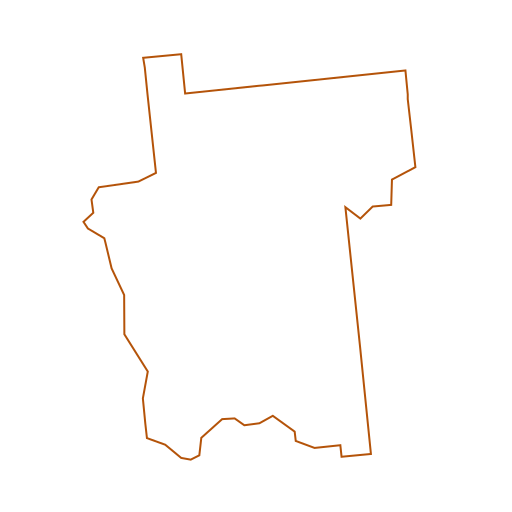 outline of Wagoner, Oklahoma, United States of America, rotated 84°
{"feature_id": "52423323B74853588584421", "entity_name": "Wagoner", "entity_type": "district", "adm_level": 2, "iso_a3": "USA", "parent_name": "United States of America", "parent_adm1": "Oklahoma", "projection": "natural_earth1", "projection_center": [-95.526, 35.964], "detail": "fine", "context": "isolated", "style": "outline", "palette": "amber", "viewbox_px": 512, "rotation_deg": 84, "n_neighbors": 0, "source": "geoboundaries", "source_scale": "gbopen_adm2", "svg_char_len": 863}
<svg xmlns="http://www.w3.org/2000/svg" viewBox="0 0 512 512"><g transform="rotate(84 256 256)"><path d="M83.9,347.0L162.9,346.8L169.7,365.2L171.2,405.2L182.6,413.7L196.0,413.3L204.0,424.0L211.1,420.3L222.5,405.0L227.3,404.3L253.2,400.9L281.0,391.2L320.1,395.1L359.6,375.7L385.8,383.4L410.9,383.6L425.7,383.5L434.2,366.0L449.0,351.5L451.7,342.2L448.3,333.2L431.1,329.4L414.7,306.7L415.3,294.2L423.1,285.3L422.7,270.1L416.7,256.0L434.7,235.9L444.1,235.8L453.0,217.8L453.0,191.9L464.6,191.9L464.9,162.4L358.1,162.0L306.6,162.0L216.8,162.0L229.7,148.3L219.0,134.8L219.3,116.2L194.2,112.8L184.3,88.2L147.8,88.4L115.8,88.7L111.2,88.2L87.1,88.0L87.1,112.8L87.1,125.0L87.1,137.3L87.1,149.3L87.1,186.4L87.1,198.6L87.1,210.9L87.1,231.2L87.0,235.4L87.0,302.4L87.0,309.5L47.5,309.3L47.1,347.5L56.9,346.9L83.9,347.0Z" fill="none" stroke="#b45309" stroke-width="2"/></g></svg>